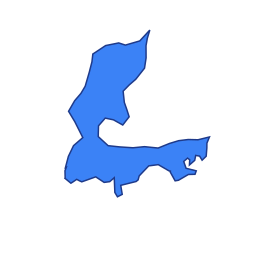 Pyrogi, Nicosia, Cyprus, rotated 49°
{"feature_id": "46923920B75368188924059", "entity_name": "Pyrogi", "entity_type": "district", "adm_level": 2, "iso_a3": "CYP", "parent_name": "Cyprus", "parent_adm1": "Nicosia", "projection": "equal_earth", "projection_center": [33.488, 35.08], "detail": "fine", "context": "isolated", "style": "filled", "palette": "blue", "viewbox_px": 256, "rotation_deg": 49, "n_neighbors": 0, "source": "geoboundaries", "source_scale": "gbopen_adm2", "svg_char_len": 1182}
<svg xmlns="http://www.w3.org/2000/svg" viewBox="0 0 256 256"><g transform="rotate(49 128 128)"><path d="M68.4,47.3L70.0,62.0L63.7,75.6L57.7,79.2L51.1,90.8L49.1,106.0L54.4,111.8L60.4,120.5L68.4,132.9L71.0,140.8L72.4,150.3L76.4,161.9L88.3,164.0L105.6,168.4L105.6,180.7L110.3,191.6L116.9,201.3L117.2,200.4L118.9,203.6L124.6,208.3L123.9,208.7L132.2,207.3L132.6,204.7L133.1,200.4L136.2,199.2L138.3,198.2L143.7,184.4L153.4,181.7L156.5,177.0L156.5,171.0L168.0,180.2L173.0,181.1L173.5,179.1L174.3,175.9L166.5,171.1L173.7,157.0L173.8,154.4L171.5,151.0L170.2,137.2L175.5,129.2L187.2,125.2L188.4,124.3L188.9,125.0L198.8,127.1L200.6,124.1L200.6,123.9L202.7,112.9L206.9,107.8L205.1,104.6L196.5,110.6L189.8,107.9L189.8,102.8L192.5,102.3L196.2,105.9L196.2,98.9L193.1,94.9L196.2,92.4L200.9,93.2L200.6,87.5L194.8,81.6L191.2,78.4L188.2,72.4L182.8,82.9L176.2,90.1L170.8,98.1L166.9,106.8L162.9,118.4L152.9,127.8L146.2,137.2L136.9,146.6L128.3,154.6L115.0,156.1L112.3,153.7L107.0,148.8L105.6,138.7L112.3,133.6L122.3,130.0L120.3,119.8L113.6,116.9L106.3,114.0L97.0,107.5L96.3,98.8L96.3,90.1L93.7,76.3L87.0,68.4L77.7,60.4L73.0,54.6L68.4,47.3Z" fill="#3b82f6" stroke="#1e3a8a" stroke-width="1.5"/></g></svg>